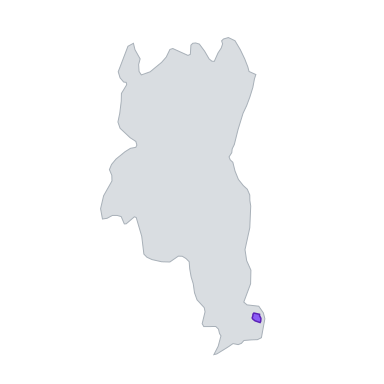 Grad on a map of Slovenia (Robinson projection), rotated 98°
{"feature_id": "SVN-202", "entity_name": "Grad", "entity_type": "Municipality", "adm_level": 1, "iso_a3": "SVN", "parent_name": "Slovenia", "parent_adm1": "", "projection": "robinson", "projection_center": [16.093, 46.798], "detail": "fine", "context": "in_parent", "style": "filled", "palette": "violet", "viewbox_px": 384, "rotation_deg": 98, "n_neighbors": 0, "source": "natural_earth", "source_scale": "10m", "svg_char_len": 1977}
<svg xmlns="http://www.w3.org/2000/svg" viewBox="0 0 384 384"><g transform="rotate(98 192 192)"><path d="M350.0,147.7L341.1,144.6L330.4,143.3L328.4,145.0L324.1,146.7L321.9,149.7L323.6,161.6L321.0,163.6L308.8,162.4L304.8,163.8L298.1,172.0L291.4,175.5L282.7,178.0L276.3,181.0L268.3,183.6L261.4,185.1L258.7,188.7L257.0,192.7L257.4,196.6L264.4,204.2L265.3,212.3L264.5,222.2L262.9,227.5L260.2,231.0L242.9,235.6L225.0,243.7L224.6,245.6L232.7,252.8L233.0,254.6L226.2,258.7L225.6,262.9L226.3,267.6L229.9,272.5L231.2,276.9L221.3,280.2L208.0,279.0L192.2,272.8L186.7,273.7L181.3,276.9L175.9,275.5L169.9,271.8L161.4,263.9L157.3,259.0L155.6,253.9L153.3,253.1L149.8,254.6L146.8,260.9L138.9,272.1L133.0,275.1L124.2,274.5L111.9,274.7L104.2,275.6L94.9,271.6L92.6,272.4L92.6,275.0L89.0,279.1L83.2,281.8L56.6,275.7L52.9,270.7L59.0,268.3L67.4,261.9L73.1,262.6L80.0,261.2L83.1,258.5L78.8,250.2L67.8,240.1L62.0,236.3L53.9,233.7L52.6,231.0L57.3,215.0L55.9,212.8L46.7,213.5L44.6,211.9L43.9,209.1L44.5,205.3L50.8,199.1L57.8,193.6L59.7,190.5L59.5,188.1L50.7,185.6L45.4,183.1L41.1,182.3L38.2,183.7L36.1,182.1L34.0,177.5L36.2,170.5L44.3,164.0L52.9,158.3L60.4,154.1L64.7,152.3L66.8,145.1L71.2,145.9L80.0,146.3L89.8,147.9L98.9,149.9L106.9,152.4L123.8,155.1L139.1,156.7L143.7,158.2L147.5,158.1L152.1,160.2L154.9,158.6L156.9,155.7L165.3,152.3L173.1,147.8L178.5,142.1L181.6,137.6L186.9,134.4L192.5,133.5L197.7,131.9L219.4,129.8L241.7,131.5L252.4,128.3L261.2,122.8L274.0,121.3L274.7,121.2L293.8,125.4L295.3,123.0L296.1,121.9L295.8,110.0L301.8,104.5L307.4,102.2L326.6,103.0L329.1,106.6L330.1,112.3L331.8,119.9L335.0,122.0L336.7,125.0L336.4,130.3L340.1,134.3L348.9,144.9L350.0,147.7Z" fill="#d9dde1" stroke="#a8b0b8" stroke-width="1"/><path d="M311.8,106.4L310.8,111.7L309.3,114.2L308.7,114.7L307.9,114.9L307.3,114.7L306.4,114.5L304.5,114.6L303.3,113.9L303.3,113.2L303.7,108.1L305.4,107.8L305.9,107.3L307.3,106.3L308.0,106.1L310.7,106.0L311.8,106.4Z" fill="#8b5cf6" stroke="#5b21b6" stroke-width="1.5"/></g></svg>